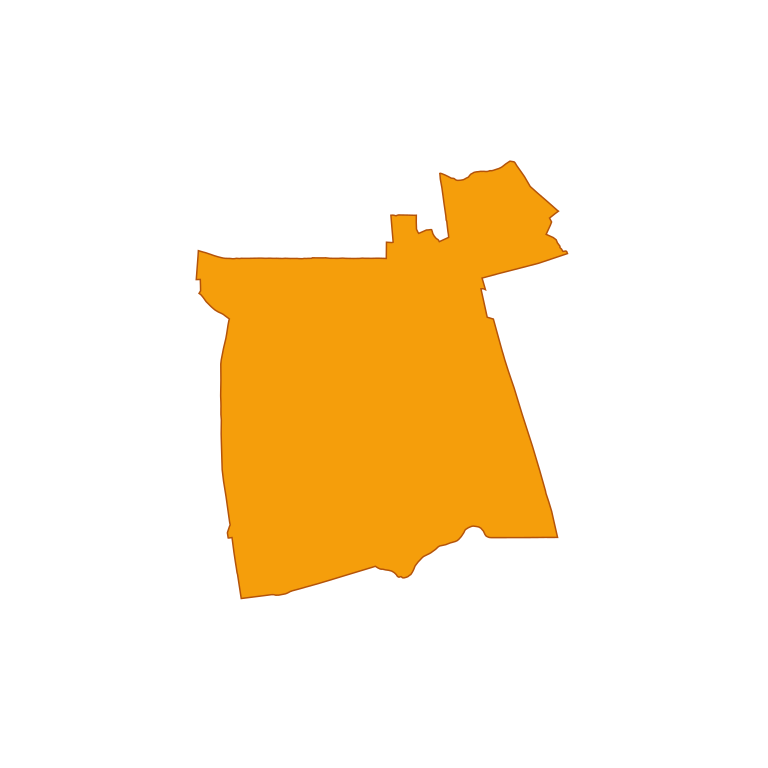 outline of Draguseni, Suceava, Romania, rotated 301°
{"feature_id": "2599482B30729987174468", "entity_name": "Draguseni", "entity_type": "district", "adm_level": 2, "iso_a3": "ROU", "parent_name": "Romania", "parent_adm1": "Suceava", "projection": "mercator", "projection_center": [26.522, 47.306], "detail": "fine", "context": "isolated", "style": "filled", "palette": "amber", "viewbox_px": 768, "rotation_deg": 301, "n_neighbors": 0, "source": "geoboundaries", "source_scale": "gbopen_adm2", "svg_char_len": 5403}
<svg xmlns="http://www.w3.org/2000/svg" viewBox="0 0 768 768"><g transform="rotate(301 384 384)"><path d="M172.8,424.6L173.8,425.5L177.0,428.5L177.6,429.1L179.0,430.4L179.2,430.6L192.2,442.4L200.3,449.7L220.6,468.1L223.1,470.3L223.3,470.5L223.2,473.4L223.4,475.6L223.4,475.8L223.5,476.0L223.7,476.7L224.7,478.5L224.8,479.0L225.0,479.5L225.4,480.9L226.7,483.9L227.6,486.9L227.6,488.3L227.6,489.6L227.4,490.9L226.9,492.8L226.1,494.4L226.0,495.1L226.0,495.8L226.2,496.4L227.4,497.5L227.7,497.8L227.6,498.8L227.5,499.0L227.5,499.9L228.2,501.1L230.1,502.9L231.2,503.7L233.1,504.4L234.5,505.1L237.2,505.2L239.2,505.1L240.9,504.9L243.7,504.4L244.0,504.4L245.5,504.5L249.0,504.9L252.6,505.7L254.5,506.1L256.4,506.7L256.6,506.8L262.6,510.6L263.5,511.1L266.1,512.2L268.9,513.4L272.2,514.3L273.8,515.1L276.4,517.9L278.2,519.8L279.3,520.6L280.3,521.4L282.1,522.8L283.3,524.0L284.1,524.7L285.8,526.3L286.7,526.9L287.4,527.4L288.8,527.9L289.0,528.0L289.8,528.2L290.9,528.4L293.0,528.8L297.7,529.0L298.6,528.9L300.4,528.7L301.6,529.0L304.4,530.4L305.9,531.5L306.4,531.9L306.7,532.1L307.4,532.7L308.2,533.7L308.8,535.1L309.4,536.5L310.2,538.6L310.3,540.2L310.3,541.3L309.1,545.0L307.0,548.1L306.3,549.7L306.3,550.4L306.3,551.2L306.6,553.0L306.7,553.3L307.1,554.2L307.6,555.1L307.7,555.4L307.8,555.5L318.6,573.4L320.3,576.2L325.0,584.0L327.6,588.3L328.7,590.0L330.3,592.7L335.6,601.3L336.9,603.5L341.9,611.8L342.3,611.4L345.0,608.8L354.9,599.3L361.3,593.2L362.1,592.3L363.1,591.2L367.8,586.0L373.7,579.1L375.5,577.5L389.6,562.5L407.2,543.2L429.3,517.9L447.5,497.7L453.3,490.8L459.5,483.5L466.8,475.2L468.1,473.8L471.1,470.6L472.7,468.8L476.0,465.3L496.0,444.3L494.4,438.1L495.0,437.5L515.5,418.1L516.6,419.7L516.9,420.6L517.1,422.4L525.3,413.5L537.9,425.6L545.8,433.4L567.2,454.4L590.3,474.1L590.9,473.3L591.2,473.0L591.5,472.6L591.7,472.0L591.6,471.3L589.8,469.1L591.1,466.6L591.5,464.8L591.8,464.3L592.7,463.9L593.2,462.7L594.3,460.0L596.3,457.3L596.7,453.6L595.8,445.9L605.9,444.8L609.2,444.2L611.5,440.4L613.5,441.2L618.1,442.9L622.0,444.5L622.1,443.3L622.3,442.1L624.6,429.7L626.7,417.5L628.6,407.6L634.1,397.6L636.4,392.5L639.5,385.4L641.2,382.2L641.4,381.0L639.9,377.2L638.5,376.5L635.1,374.9L632.6,374.0L630.4,373.1L627.9,371.5L626.2,370.0L623.5,367.7L622.4,366.6L621.8,365.6L621.3,364.8L620.3,364.0L619.3,363.0L618.5,361.7L617.7,360.0L616.9,358.8L616.0,357.2L614.5,355.4L613.4,353.9L612.2,352.6L611.4,351.9L610.1,351.3L609.4,350.8L608.5,350.3L607.9,350.2L607.0,350.0L605.9,349.9L604.8,349.8L603.9,349.2L602.7,348.4L600.7,347.3L599.8,346.6L599.1,345.8L598.3,344.9L597.5,343.8L596.6,342.5L596.2,341.6L596.0,341.0L596.0,340.0L596.2,338.3L596.0,337.5L595.4,336.4L595.1,335.6L594.9,332.1L594.6,328.7L594.1,325.5L593.9,324.6L593.6,323.7L593.2,323.4L592.6,323.9L590.4,325.5L589.4,326.2L588.1,327.2L582.0,332.6L579.1,334.9L577.5,336.2L575.4,337.9L570.0,342.2L560.7,349.8L560.4,350.1L556.5,352.9L556.2,353.5L555.3,354.4L554.2,355.2L550.4,358.1L547.2,360.6L545.7,361.9L543.6,363.5L543.0,363.9L534.5,358.1L535.3,356.7L535.6,355.8L535.6,355.0L535.6,354.2L536.0,352.5L536.4,351.7L536.8,350.5L537.5,349.4L538.1,348.3L539.5,346.9L540.8,345.3L540.5,344.7L539.7,343.6L538.8,342.5L538.3,341.7L537.8,341.0L536.2,339.9L531.0,336.2L531.6,334.8L532.2,334.0L532.8,333.0L533.3,332.3L533.7,331.9L534.4,331.5L539.5,328.2L545.3,324.8L544.4,323.4L540.9,317.2L537.2,310.8L536.3,309.3L535.9,308.9L535.3,308.3L534.7,308.0L534.3,307.4L534.1,306.9L533.8,305.7L533.2,304.4L532.2,303.0L520.8,311.2L510.3,318.8L510.0,318.6L509.3,317.9L506.8,313.1L499.8,317.2L492.8,321.3L489.1,314.7L487.7,312.4L485.1,308.3L483.9,306.2L481.9,302.9L480.8,300.7L478.9,298.1L475.8,293.1L472.0,286.5L470.6,283.7L468.0,279.9L463.9,272.9L462.1,269.0L460.8,267.0L458.7,263.5L455.2,257.5L454.4,257.2L453.8,256.2L452.4,253.9L451.4,252.5L451.0,251.6L450.5,250.8L449.6,249.8L448.7,248.4L448.2,247.4L447.7,246.6L447.1,245.3L446.6,244.4L446.2,243.8L444.4,240.8L443.3,239.0L442.0,236.6L440.9,234.6L440.2,233.6L439.4,232.5L438.2,230.4L436.6,227.5L435.5,225.7L434.4,223.9L433.3,221.8L432.6,220.7L431.3,218.6L431.1,218.4L430.2,216.8L428.7,214.0L427.4,211.9L425.4,208.7L424.1,206.6L422.4,203.9L420.9,201.4L419.2,198.6L418.3,197.0L417.1,195.5L415.7,192.7L414.6,191.5L413.5,189.9L412.4,187.5L411.2,185.4L410.0,183.3L409.2,181.5L408.6,179.7L407.5,176.1L406.5,172.1L406.0,169.6L404.7,163.6L404.0,161.2L402.7,156.2L397.5,158.9L376.8,169.3L379.0,172.7L374.2,175.8L369.4,178.8L366.4,178.8L366.4,179.2L366.2,181.2L365.1,184.3L363.0,189.1L362.2,192.3L361.7,194.2L361.2,196.3L360.7,199.1L360.4,201.0L360.4,204.8L360.5,205.7L360.7,207.4L360.9,209.7L360.1,218.0L358.7,218.3L354.3,219.9L350.9,221.3L347.5,222.7L346.0,223.3L341.6,225.0L331.8,228.1L320.8,232.1L317.1,233.8L303.0,242.4L289.7,250.1L284.5,253.5L280.8,255.8L279.6,256.5L273.9,259.9L269.4,263.1L257.4,270.1L250.0,274.8L227.1,289.5L218.1,296.5L206.0,306.7L190.9,318.9L186.1,322.8L184.0,324.7L182.4,324.9L180.5,325.3L176.4,326.2L175.6,326.5L175.2,326.9L171.8,329.7L172.0,330.2L174.1,332.8L162.4,342.1L154.4,348.7L150.5,352.0L146.6,355.2L145.4,356.5L126.6,372.1L136.2,384.3L136.9,385.2L141.3,390.8L144.4,394.7L145.3,395.8L145.9,396.7L146.7,398.1L147.1,399.6L147.2,399.9L148.8,402.5L149.8,403.6L153.4,407.6L153.7,407.8L153.9,408.0L154.7,408.6L155.1,408.9L156.4,409.7L157.8,410.5L158.6,411.2L159.4,411.8L164.9,417.1L168.5,420.5L169.1,421.0L171.9,423.7L172.7,424.4L172.8,424.6Z" fill="#f59e0b" stroke="#b45309" stroke-width="1.5"/></g></svg>